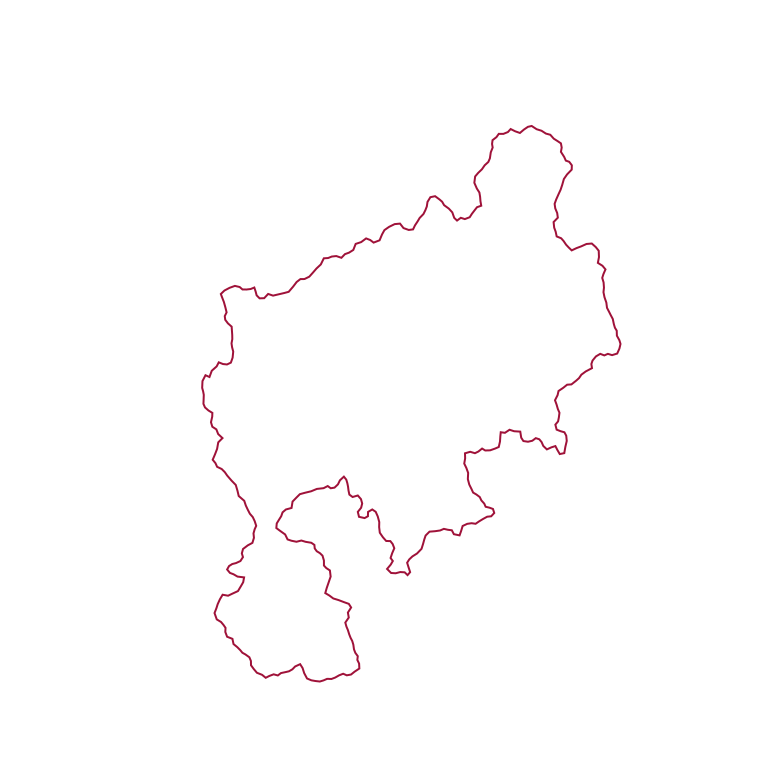 Muriaé, Minas Gerais, Brazil, rotated 224°
{"feature_id": "56859067B59744143145947", "entity_name": "Muriaé", "entity_type": "district", "adm_level": 2, "iso_a3": "BRA", "parent_name": "Brazil", "parent_adm1": "Minas Gerais", "projection": "robinson", "projection_center": [-42.437, -21.086], "detail": "fine", "context": "isolated", "style": "outline", "palette": "rose", "viewbox_px": 768, "rotation_deg": 224, "n_neighbors": 0, "source": "geoboundaries", "source_scale": "gbopen_adm2", "svg_char_len": 6013}
<svg xmlns="http://www.w3.org/2000/svg" viewBox="0 0 768 768"><g transform="rotate(224 384 384)"><path d="M480.4,550.6L479.2,545.2L476.5,541.4L475.0,537.8L473.7,533.7L473.7,528.2L472.8,524.4L471.9,519.6L470.5,515.4L473.2,512.0L478.3,509.7L483.9,510.5L487.4,506.4L489.5,500.6L490.6,495.0L489.3,490.2L487.0,484.3L489.7,478.5L493.9,478.0L498.0,476.3L499.0,470.2L501.7,465.1L499.2,459.1L500.4,454.2L502.3,450.3L502.3,445.2L507.2,442.9L510.1,439.4L511.7,435.8L514.6,432.6L512.5,426.1L512.8,420.2L512.5,414.8L512.3,409.3L514.1,404.3L517.0,401.4L517.7,396.7L517.0,390.8L516.6,384.1L519.0,380.1L522.1,375.3L525.2,370.5L529.9,368.3L529.8,362.5L533.0,359.2L537.2,359.3L540.5,361.3L544.3,363.3L545.9,359.7L548.6,356.4L551.5,353.7L555.2,353.5L559.4,351.0L561.9,345.9L563.7,340.4L563.9,335.4L559.9,333.5L556.2,331.8L551.6,329.1L547.0,326.2L545.7,322.2L542.8,319.9L538.4,319.2L533.4,319.4L530.4,316.7L527.2,313.8L524.3,310.9L521.9,307.3L518.8,304.9L515.0,302.6L511.2,297.8L509.0,293.0L510.5,289.0L513.7,286.5L517.9,284.8L516.6,280.4L517.1,273.9L514.4,267.8L518.5,266.3L516.6,260.0L512.1,254.9L508.9,253.0L506.1,251.0L503.2,247.8L500.1,244.3L496.5,242.8L491.9,243.0L487.4,244.0L484.9,241.2L481.9,236.3L477.8,234.0L473.1,234.9L468.5,232.8L462.6,232.9L462.7,226.9L459.0,221.4L456.7,216.0L454.6,210.5L450.3,210.0L446.5,208.5L441.7,210.1L437.2,210.0L433.2,209.2L426.6,208.6L420.5,208.4L415.2,205.4L410.7,202.5L406.9,202.7L403.4,202.9L399.0,200.6L394.8,199.0L390.4,197.5L385.9,197.1L381.7,195.5L377.4,193.2L376.1,189.6L374.1,185.9L370.7,183.0L368.3,178.3L369.9,173.3L370.8,167.4L368.6,163.4L365.2,161.5L364.3,156.9L366.1,152.3L368.1,149.1L369.0,145.4L368.0,141.6L363.6,141.1L360.1,142.6L355.6,143.7L350.3,147.7L347.6,143.6L346.5,139.2L345.2,133.6L347.6,127.4L349.1,123.4L353.7,120.3L352.5,115.2L350.7,110.1L348.8,106.3L346.8,101.5L340.8,98.5L335.9,99.6L332.1,99.2L328.6,98.5L325.9,95.4L321.3,93.2L316.0,95.4L311.6,92.4L306.7,92.8L302.5,92.7L299.2,92.3L295.8,93.2L291.0,93.9L287.3,92.3L284.3,89.3L279.7,88.5L274.8,88.0L269.7,90.1L265.0,90.5L263.7,94.3L261.7,98.5L257.9,100.6L257.3,104.5L254.8,108.2L252.8,111.3L251.7,115.1L251.7,119.1L249.7,124.2L245.2,123.1L240.6,120.6L234.8,118.7L230.4,120.4L227.0,122.7L223.5,125.4L221.6,128.8L220.1,132.4L216.9,135.3L215.2,138.9L213.9,143.3L212.1,147.2L208.4,148.6L205.9,152.1L205.3,156.7L204.1,162.2L207.7,165.6L211.5,167.0L213.8,170.0L217.9,170.7L221.3,172.3L225.0,175.2L228.4,177.1L231.7,178.2L235.2,179.8L239.0,181.9L242.5,183.4L246.1,185.5L247.1,191.5L251.2,194.5L252.4,200.4L256.6,201.4L261.0,199.4L266.6,197.0L271.5,194.5L276.3,193.9L281.0,192.8L283.5,197.5L285.7,202.2L288.6,208.4L293.4,212.3L297.7,211.5L301.1,211.7L304.6,215.3L309.0,217.8L312.6,217.8L316.2,217.0L319.6,217.6L322.3,219.9L326.0,219.3L330.8,216.0L334.7,214.0L337.4,209.7L341.8,206.9L345.4,205.2L350.6,207.1L356.6,206.2L361.4,205.6L364.3,209.2L365.2,213.2L366.1,217.5L367.8,221.2L367.4,225.6L364.4,230.6L368.1,235.9L368.1,241.1L368.0,246.3L365.2,251.0L361.9,256.2L359.4,261.9L355.1,267.1L353.6,271.5L349.9,272.0L347.6,275.1L347.4,279.8L348.8,284.1L348.5,289.5L344.7,289.0L341.5,287.2L338.6,285.2L335.5,282.7L332.1,280.4L328.1,280.9L325.4,285.6L320.6,285.2L316.7,282.9L314.5,279.1L314.0,273.8L309.7,271.1L304.8,274.1L303.7,277.7L306.6,280.9L305.3,285.6L301.2,286.3L296.5,284.4L291.5,281.4L288.1,277.7L283.7,274.1L278.3,273.0L273.4,272.6L270.3,275.4L266.6,274.9L262.5,273.0L260.6,268.0L258.4,263.4L254.7,262.8L253.7,258.8L253.3,253.1L247.6,253.0L244.1,256.0L241.7,260.0L238.3,262.9L234.3,262.9L234.5,266.8L239.0,269.2L243.2,271.5L244.0,275.4L243.8,279.7L242.5,285.0L242.5,291.5L244.8,296.1L247.0,300.1L248.8,303.9L248.7,309.4L245.0,313.6L241.9,317.6L240.3,321.4L236.8,323.5L233.6,325.9L229.4,324.5L224.5,327.6L226.3,331.6L228.8,336.5L227.0,341.2L224.3,344.7L221.0,347.1L220.2,351.1L219.0,355.7L217.6,360.2L215.0,363.3L215.1,367.8L218.8,369.8L222.2,368.3L225.6,366.3L228.8,367.6L233.1,367.9L236.6,369.2L240.7,368.7L244.5,367.8L248.0,369.2L252.8,370.9L257.6,373.8L261.7,378.5L266.4,380.8L271.0,382.5L274.0,386.9L277.6,390.4L274.9,395.1L270.5,397.4L269.2,401.0L268.6,405.7L265.0,406.5L261.6,410.0L259.2,414.8L257.7,418.4L260.6,423.2L264.0,427.2L266.5,430.4L263.1,432.9L261.9,438.3L257.6,440.4L252.9,444.4L248.0,440.7L244.1,439.8L240.3,442.5L237.9,446.2L237.2,450.5L233.9,452.1L230.3,451.7L226.4,450.1L221.4,450.1L219.6,454.7L217.6,458.4L213.5,457.0L208.9,455.7L206.3,459.5L209.9,464.8L213.0,470.0L217.0,473.4L220.7,474.6L224.2,472.7L228.1,471.1L232.5,473.8L232.8,478.0L234.9,481.3L237.8,485.2L241.6,486.8L245.6,489.1L249.7,491.1L251.4,496.6L253.6,500.2L252.4,505.9L251.8,510.7L248.9,513.9L248.1,519.8L247.8,523.7L248.5,527.8L247.6,533.2L245.4,539.9L248.7,542.4L250.3,545.8L250.7,551.1L249.4,555.9L245.4,557.6L243.9,561.2L240.0,563.2L237.4,567.9L239.3,573.1L241.7,577.1L245.1,579.0L250.0,580.5L253.6,584.0L257.0,584.9L260.2,586.7L264.6,589.7L268.9,591.1L272.3,592.3L276.5,593.7L280.6,597.0L285.7,599.6L289.9,602.5L292.7,606.1L296.6,609.6L300.7,611.9L302.5,615.5L304.3,620.3L309.0,620.8L314.3,619.7L317.5,624.6L322.1,629.0L326.8,629.6L332.1,629.4L335.6,625.4L337.8,619.9L339.9,615.5L341.8,610.5L345.9,610.5L349.8,610.7L354.1,611.6L357.8,611.9L362.3,610.1L366.3,612.8L370.2,614.7L374.5,618.3L374.5,624.4L378.2,627.3L382.8,629.3L386.4,632.1L388.3,636.3L390.3,641.8L391.9,646.4L394.0,650.8L397.0,656.4L397.9,661.9L397.9,668.6L400.8,671.8L405.1,672.5L408.4,671.0L412.1,672.5L418.0,673.9L420.4,677.5L423.9,680.0L427.9,679.3L432.3,678.4L437.5,678.8L441.5,676.6L446.6,675.6L451.2,673.3L457.0,672.2L459.1,669.0L460.1,664.2L460.6,659.0L465.2,656.9L470.0,655.4L469.9,651.3L471.9,646.8L475.2,643.7L474.6,639.7L475.3,634.8L473.0,631.7L470.1,629.6L468.1,624.8L464.6,619.9L463.2,616.2L463.5,611.3L462.7,606.4L462.9,601.4L462.6,596.6L458.8,591.5L453.0,589.1L448.4,588.0L445.0,585.5L441.6,582.5L437.9,579.8L439.9,575.8L439.5,571.9L439.0,567.5L438.2,563.5L440.4,558.8L444.2,556.9L445.0,552.3L448.9,552.3L454.1,554.9L459.2,555.2L465.0,554.4L468.8,555.5L472.3,555.3L477.7,554.6L480.4,550.6Z" fill="none" stroke="#9f1239" stroke-width="2"/></g></svg>